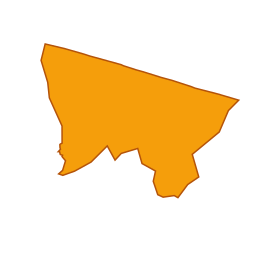 the district of Alleghany, North Carolina, United States of America, rotated 14°
{"feature_id": "52423323B93536446386656", "entity_name": "Alleghany", "entity_type": "district", "adm_level": 2, "iso_a3": "USA", "parent_name": "United States of America", "parent_adm1": "North Carolina", "projection": "equal_earth", "projection_center": [-81.137, 36.471], "detail": "fine", "context": "isolated", "style": "filled", "palette": "amber", "viewbox_px": 256, "rotation_deg": 14, "n_neighbors": 0, "source": "geoboundaries", "source_scale": "gbopen_adm2", "svg_char_len": 765}
<svg xmlns="http://www.w3.org/2000/svg" viewBox="0 0 256 256"><g transform="rotate(14 128 128)"><path d="M199.6,168.4L208.5,158.4L196.7,138.0L217.5,109.8L221.2,86.8L228.7,74.2L209.7,73.4L208.9,73.3L183.2,73.1L179.8,72.6L158.6,71.1L157.3,71.1L147.7,70.9L129.2,69.8L121.6,69.6L108.5,68.7L106.0,68.2L73.4,67.4L67.9,67.0L47.7,66.3L27.3,66.5L27.3,83.4L39.1,103.2L44.4,117.8L63.5,142.0L67.7,158.6L66.1,160.1L65.9,160.6L66.8,163.6L67.6,164.9L66.1,167.8L67.3,167.5L68.7,170.1L71.1,170.3L70.9,171.7L75.3,174.9L74.8,184.9L71.8,189.3L76.2,189.7L86.6,182.8L100.4,170.0L112.2,150.4L123.2,162.3L127.6,154.3L142.4,145.5L150.2,159.1L165.1,163.1L165.4,173.6L173.0,185.5L178.8,186.6L189.2,182.4L193.3,183.5L199.6,168.4Z" fill="#f59e0b" stroke="#b45309" stroke-width="1.5"/></g></svg>